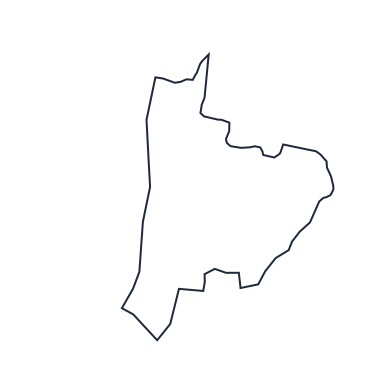 outline of Ilukstes, rotated 53°
{"feature_id": "LVA-5749", "entity_name": "Ilukstes", "entity_type": "Municipality", "adm_level": 1, "iso_a3": "LVA", "parent_name": "Latvia", "parent_adm1": "", "projection": "albers", "projection_center": [26.129, 55.982], "detail": "fine", "context": "isolated", "style": "outline", "palette": "slate", "viewbox_px": 384, "rotation_deg": 53, "n_neighbors": 0, "source": "natural_earth", "source_scale": "10m", "svg_char_len": 1003}
<svg xmlns="http://www.w3.org/2000/svg" viewBox="0 0 384 384"><g transform="rotate(53 192 192)"><path d="M141.2,208.0L107.0,184.9L78.4,152.2L78.5,152.1L84.1,146.7L94.4,140.0L97.1,135.0L98.7,128.6L102.9,123.9L100.7,119.2L99.6,116.2L94.7,108.6L93.5,104.9L92.2,95.9L124.2,125.2L128.1,131.6L134.0,137.7L138.8,136.9L149.4,128.1L152.2,124.9L159.1,120.4L165.8,125.7L170.2,133.1L173.7,134.6L178.5,133.7L186.3,126.2L191.2,118.8L193.2,114.4L197.4,110.7L201.9,111.3L205.3,112.8L214.0,105.5L214.3,99.3L213.6,97.4L208.9,90.6L234.2,68.4L239.5,66.8L248.5,66.1L253.7,69.5L263.2,71.6L271.8,75.3L274.9,77.4L276.6,80.4L277.8,83.4L277.0,87.8L275.7,90.7L276.2,96.2L287.3,116.1L288.5,129.8L291.8,141.9L296.6,149.8L295.1,164.9L299.3,181.1L305.6,194.7L297.9,211.0L284.7,203.2L277.1,213.4L267.1,220.1L265.2,231.4L271.5,235.9L277.8,242.6L261.5,260.7L284.3,288.8L289.4,309.0L267.3,311.3L254.6,312.5L242.6,317.9L233.7,297.2L224.1,282.1L186.2,249.1L162.7,222.4L141.2,208.0Z" fill="none" stroke="#1e293b" stroke-width="2"/></g></svg>